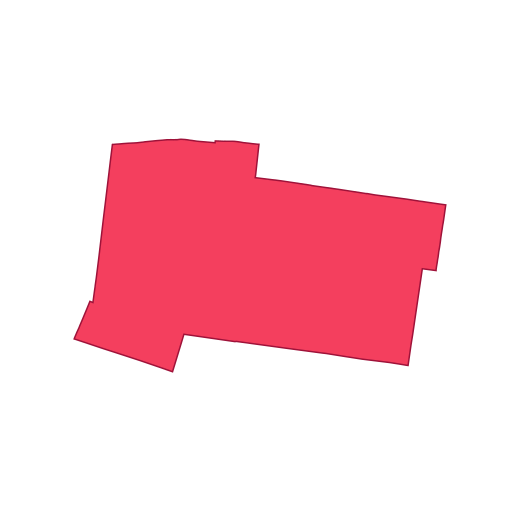 outline of Cocora, Ialomita, Romania, rotated 256°
{"feature_id": "2599482B22820345883156", "entity_name": "Cocora", "entity_type": "district", "adm_level": 2, "iso_a3": "ROU", "parent_name": "Romania", "parent_adm1": "Ialomita", "projection": "orthographic", "projection_center": [27.071, 44.753], "detail": "fine", "context": "isolated", "style": "filled", "palette": "rose", "viewbox_px": 512, "rotation_deg": 256, "n_neighbors": 0, "source": "geoboundaries", "source_scale": "gbopen_adm2", "svg_char_len": 2261}
<svg xmlns="http://www.w3.org/2000/svg" viewBox="0 0 512 512"><g transform="rotate(256 256 256)"><path d="M245.2,446.6L259.7,452.5L261.3,448.5L263.0,444.3L263.1,444.1L267.1,434.3L267.8,432.6L268.5,431.0L269.6,428.1L270.8,425.3L270.9,425.0L274.7,416.0L282.0,397.6L286.6,385.9L289.8,378.7L289.7,378.5L300.8,352.0L301.0,351.5L310.9,327.0L311.3,326.5L322.6,299.2L332.2,274.2L335.1,275.4L335.4,275.5L363.7,285.9L363.9,285.2L364.2,284.2L364.4,283.7L365.8,279.8L367.1,276.5L368.6,272.4L368.9,271.5L370.5,267.9L371.4,265.7L372.3,263.3L373.0,261.0L374.2,256.2L374.4,255.3L374.8,253.9L375.3,251.8L375.6,250.9L375.8,250.1L376.1,249.3L376.1,249.0L376.4,248.2L377.5,244.3L375.8,243.7L380.7,229.3L381.4,227.3L381.6,226.7L382.0,225.7L383.1,223.0L383.5,222.1L383.9,221.0L384.2,220.2L384.4,219.7L384.9,218.6L385.6,216.9L386.1,215.5L386.2,215.4L386.3,215.1L386.6,214.0L386.8,213.4L387.2,212.2L387.3,211.8L387.5,210.9L387.6,210.6L387.7,209.5L387.8,209.0L387.9,207.8L388.3,206.1L388.6,204.7L388.7,204.4L388.7,204.1L388.9,203.6L389.2,202.4L389.5,201.3L389.7,200.3L390.3,198.0L390.4,197.2L390.7,195.4L391.0,193.3L391.9,188.0L393.7,175.7L393.8,174.2L394.2,171.4L394.7,167.5L395.3,164.4L396.4,158.9L397.2,154.3L397.6,151.5L398.0,149.2L398.3,147.6L398.7,145.1L398.9,143.9L399.0,143.7L398.9,143.6L398.3,143.4L385.3,138.4L372.4,133.5L342.0,121.9L330.8,117.6L327.1,116.2L292.7,103.2L282.1,99.1L273.3,95.7L266.9,93.1L265.6,92.6L265.0,92.4L261.1,90.8L254.3,88.1L250.3,86.5L252.2,83.9L245.5,79.0L238.9,74.1L237.4,73.0L231.3,68.4L230.5,67.8L229.6,67.2L225.1,63.6L223.6,62.5L220.3,60.0L219.5,59.5L218.5,61.2L203.1,85.4L197.7,94.1L183.0,117.6L173.5,132.3L163.9,147.0L178.4,155.7L182.4,158.1L189.9,162.6L197.5,167.1L189.6,186.5L178.0,214.9L177.9,216.2L166.8,244.0L158.6,264.5L145.9,296.6L144.4,300.6L136.3,319.6L134.6,323.7L130.3,333.9L121.0,358.1L120.3,359.9L116.2,369.6L113.4,376.0L113.0,377.0L113.3,377.1L113.5,377.2L113.5,377.3L114.2,377.5L114.8,377.8L116.3,378.4L132.5,385.0L142.1,389.1L203.4,414.3L198.3,427.2L199.1,427.4L202.3,428.7L204.8,429.8L206.7,430.6L208.7,431.4L210.9,432.4L214.2,433.7L215.6,434.2L219.6,436.0L222.0,437.0L223.7,437.7L224.9,438.2L228.9,439.7L232.8,441.3L237.0,443.1L240.7,444.6L242.2,445.3L245.2,446.6Z" fill="#f43f5e" stroke="#9f1239" stroke-width="1.5"/></g></svg>